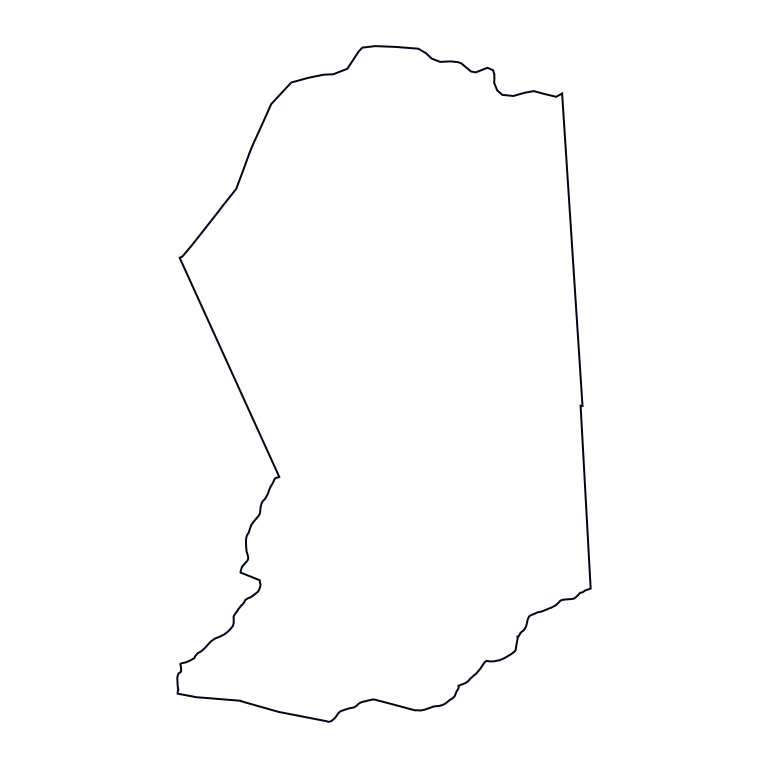 Au Leon, Dennery, Saint Lucia
{"feature_id": "8701671B69175081288575", "entity_name": "Au Leon", "entity_type": "district", "adm_level": 2, "iso_a3": "LCA", "parent_name": "Saint Lucia", "parent_adm1": "Dennery", "projection": "robinson", "projection_center": [-60.906, 13.953], "detail": "fine", "context": "isolated", "style": "outline", "palette": "ink", "viewbox_px": 768, "rotation_deg": 0, "n_neighbors": 0, "source": "geoboundaries", "source_scale": "gbopen_adm2", "svg_char_len": 4592}
<svg xmlns="http://www.w3.org/2000/svg" viewBox="0 0 768 768"><path d="M179.7,257.9L279.3,477.0L278.7,477.3L277.8,477.5L276.0,477.9L275.4,478.2L274.1,479.9L273.9,480.6L273.6,481.4L272.8,483.0L272.1,484.3L271.3,485.6L270.8,486.3L269.9,488.2L267.6,494.4L265.8,497.6L264.8,499.2L263.1,500.8L262.4,501.8L261.9,502.8L261.1,504.9L260.8,506.4L260.6,507.4L260.2,511.3L259.9,513.5L258.7,515.8L256.5,518.3L255.5,519.5L253.9,521.3L251.7,524.4L251.2,525.2L250.2,528.0L250.0,528.5L248.8,532.6L247.6,534.2L246.7,536.1L246.2,538.5L246.0,539.6L246.0,543.2L246.2,547.2L246.6,551.7L247.6,554.6L247.9,556.0L248.2,557.1L248.2,558.6L247.9,559.7L247.0,561.2L246.1,562.1L245.4,562.9L244.5,563.9L242.6,566.0L241.7,567.7L241.4,568.7L241.0,570.2L240.6,571.4L240.6,572.6L259.8,580.3L259.9,581.7L259.9,582.7L260.4,583.9L260.4,585.4L260.0,587.4L258.9,590.2L257.7,592.0L257.2,592.3L256.1,593.2L253.9,595.0L251.8,596.5L250.8,597.2L248.1,598.2L246.7,599.0L245.2,600.1L244.6,601.5L244.4,602.0L243.8,602.7L242.4,604.6L241.2,605.5L240.1,607.0L239.4,607.9L238.7,608.6L237.2,611.0L236.7,611.8L235.8,612.9L234.6,614.8L234.1,615.5L233.6,616.5L233.7,619.3L233.7,622.5L233.6,623.1L233.5,624.0L232.9,625.9L232.0,627.1L230.4,629.1L229.9,629.5L227.7,631.8L224.1,634.5L219.0,637.0L217.4,637.6L215.9,638.2L215.0,638.6L214.0,639.2L211.0,641.4L208.0,644.5L206.3,646.5L205.7,647.2L203.6,649.2L201.2,651.3L199.1,652.5L198.6,652.8L197.7,653.2L196.6,654.5L195.4,655.9L195.1,656.6L194.4,658.1L192.6,659.1L191.8,659.6L190.8,660.1L188.7,661.2L186.9,661.9L185.7,662.4L182.8,663.0L181.7,663.2L180.4,663.9L180.5,664.9L180.5,665.3L180.8,666.3L181.1,668.1L181.1,671.2L180.8,671.9L180.5,672.3L179.7,672.6L178.5,673.6L177.7,675.5L177.3,678.1L177.6,684.8L178.0,688.3L178.2,689.3L178.4,689.6L177.7,692.0L177.6,692.4L177.8,693.2L177.7,693.7L192.2,696.4L196.2,697.2L206.5,698.0L240.8,700.8L241.0,701.2L278.6,711.9L326.4,721.2L328.5,721.9L331.1,721.2L332.0,720.6L333.4,719.4L334.9,718.1L336.3,716.2L338.3,713.3L339.9,711.7L340.7,711.2L341.9,710.8L344.5,709.8L346.8,709.1L349.0,708.4L352.2,707.8L352.7,707.7L354.3,707.3L356.1,706.0L356.5,705.8L358.5,703.9L360.3,702.7L362.4,701.9L364.6,701.4L366.1,701.1L367.7,700.6L368.1,700.5L369.1,700.3L370.0,700.2L370.6,700.0L371.6,699.7L372.2,699.5L374.7,699.6L379.8,701.0L381.2,701.3L393.3,704.5L415.2,710.4L415.6,710.2L420.7,710.5L423.5,709.9L424.7,709.7L426.9,708.9L429.7,707.9L430.9,707.5L433.6,706.5L440.1,705.8L441.9,705.1L443.3,704.6L444.8,703.9L447.5,701.9L449.7,700.0L451.2,699.2L451.7,698.9L453.4,697.6L455.0,695.6L456.2,692.2L456.4,691.8L457.3,690.3L457.7,689.6L458.4,688.4L458.7,686.9L458.4,685.9L460.6,685.0L461.2,684.7L463.2,684.0L464.5,683.4L465.6,683.0L466.6,682.3L468.5,680.9L469.7,679.3L471.8,677.3L473.7,675.6L474.8,674.7L476.3,673.5L476.8,673.0L477.3,672.4L477.8,671.7L478.6,670.8L479.5,669.7L480.3,668.7L481.5,666.9L483.0,664.7L485.0,661.9L485.5,661.5L486.0,661.3L486.6,660.9L489.8,661.4L493.5,661.4L497.8,660.5L499.7,660.2L503.2,658.7L503.7,658.5L504.6,658.0L505.7,657.4L509.7,655.0L511.1,654.2L514.6,651.6L515.6,650.2L515.7,649.4L516.9,642.4L517.7,638.1L517.5,637.2L517.4,636.6L518.5,636.5L519.3,635.2L520.6,632.8L521.7,631.9L522.1,631.5L522.8,631.0L523.4,630.6L524.9,628.7L525.6,627.4L525.9,626.9L526.2,625.9L527.0,622.9L527.3,621.1L527.6,620.0L528.3,618.1L529.2,616.3L530.8,615.2L533.8,614.1L537.9,612.2L538.5,612.1L540.1,611.9L541.7,611.5L543.3,610.9L550.0,608.1L551.1,607.8L551.4,607.6L554.9,605.8L555.9,605.0L556.8,604.4L559.6,601.5L560.0,601.0L561.1,600.4L561.8,600.1L563.3,599.7L563.9,599.7L566.4,599.4L570.7,599.1L572.9,598.8L574.0,598.6L575.4,597.6L576.2,596.9L578.1,595.1L578.3,594.8L580.2,592.8L582.8,592.2L584.3,591.1L585.2,590.5L586.2,590.1L586.8,589.9L587.2,589.8L588.9,589.2L590.7,588.5L590.6,587.5L580.6,405.7L582.5,406.0L562.1,93.5L561.1,94.1L557.1,96.3L556.1,96.8L543.8,93.8L533.7,91.1L528.3,92.1L525.4,92.6L521.0,93.8L516.1,95.2L513.4,96.0L508.8,95.5L502.4,94.9L497.2,90.4L496.0,87.4L494.4,83.5L494.2,82.9L494.4,78.2L494.3,73.2L494.1,73.8L493.2,70.3L487.5,67.8L475.7,72.4L470.9,71.4L464.7,66.2L461.1,63.2L459.5,62.7L457.7,62.1L450.3,61.4L440.2,61.9L431.7,58.6L426.0,53.2L418.3,48.7L395.3,46.9L375.2,46.1L366.1,47.2L362.4,47.6L358.8,51.3L347.3,68.8L337.5,72.6L333.2,74.3L332.0,74.3L323.7,74.7L312.8,76.9L308.5,77.8L305.9,78.5L291.3,82.5L271.2,104.1L264.3,119.6L256.0,137.9L254.4,141.3L251.4,148.2L249.8,152.2L249.2,153.8L243.9,168.4L242.8,171.4L241.9,173.8L236.2,188.9L223.4,205.0L217.5,212.7L208.1,224.7L207.2,225.8L200.0,235.0L195.0,241.3L193.3,243.5L190.6,246.8L186.4,251.8L182.2,256.7L181.4,257.0L180.3,257.4L179.7,257.9Z" fill="none" stroke="#020617" stroke-width="2"/></svg>